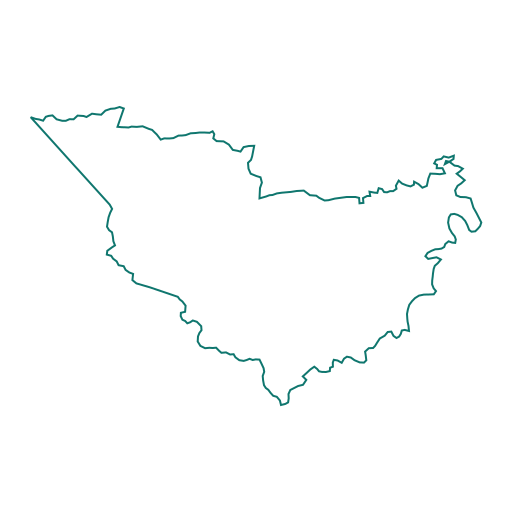 outline of Ponte Branca, Mato Grosso, Brazil
{"feature_id": "56859067B10686101824472", "entity_name": "Ponte Branca", "entity_type": "district", "adm_level": 2, "iso_a3": "BRA", "parent_name": "Brazil", "parent_adm1": "Mato Grosso", "projection": "albers", "projection_center": [-52.897, -16.67], "detail": "fine", "context": "isolated", "style": "outline", "palette": "teal", "viewbox_px": 512, "rotation_deg": 0, "n_neighbors": 0, "source": "geoboundaries", "source_scale": "gbopen_adm2", "svg_char_len": 4069}
<svg xmlns="http://www.w3.org/2000/svg" viewBox="0 0 512 512"><path d="M281.0,405.0L285.4,403.9L288.1,402.4L288.7,398.4L288.5,394.0L290.3,390.0L294.2,388.0L298.1,386.0L303.0,384.8L306.3,379.9L302.8,376.4L306.8,372.8L310.3,369.5L314.3,366.7L317.2,369.0L319.0,371.3L321.8,371.9L325.9,372.0L329.8,371.1L330.1,367.7L332.9,366.7L332.8,362.6L333.8,359.8L337.6,360.5L341.7,362.8L344.0,358.7L346.9,356.7L350.8,357.5L354.5,360.2L359.7,362.4L364.0,362.6L366.3,360.3L365.7,355.2L365.1,351.6L368.8,348.2L373.1,348.0L375.1,345.9L377.0,342.8L379.8,338.5L384.7,335.7L387.7,332.0L391.3,331.6L393.5,335.9L396.5,338.0L399.1,336.6L400.8,333.9L401.8,330.5L404.7,329.9L409.0,331.0L408.5,326.0L407.6,321.7L407.3,318.7L407.0,314.0L407.9,309.4L409.3,304.8L412.0,301.2L415.0,298.1L419.0,295.6L423.9,294.6L429.1,294.5L433.8,294.3L436.0,291.1L433.7,288.4L432.1,284.4L432.2,280.5L432.7,276.6L433.0,273.4L433.7,268.9L434.8,265.8L437.8,263.2L440.9,259.5L436.5,257.3L432.2,258.1L428.2,258.9L425.4,256.2L427.6,252.9L431.5,250.8L435.2,249.3L438.4,249.1L441.5,248.6L444.2,247.0L445.3,244.0L448.6,241.3L452.2,242.6L455.2,242.9L455.8,239.5L454.7,236.4L451.9,232.9L449.4,228.5L448.1,222.6L448.9,217.4L450.8,214.4L454.3,213.9L457.7,214.9L461.8,217.2L465.2,221.0L467.3,225.1L469.2,230.0L471.5,231.7L475.3,231.3L477.7,228.9L480.1,226.1L481.3,222.5L476.6,213.3L473.4,207.6L471.9,202.6L470.6,198.5L465.9,197.2L460.3,197.0L456.3,195.3L455.1,190.4L457.6,185.8L461.2,183.4L464.7,180.2L460.7,176.9L456.7,173.7L459.9,171.4L462.8,168.7L458.1,166.1L454.5,165.6L452.1,163.8L449.3,161.7L453.5,159.0L453.8,155.7L448.7,157.6L443.7,156.4L441.4,158.9L436.1,159.9L434.2,163.4L437.0,164.8L436.7,168.2L442.5,168.2L444.9,173.3L440.0,174.2L435.3,173.8L430.3,173.6L428.4,178.4L427.7,181.8L426.8,185.9L422.4,187.7L418.5,184.1L414.1,181.7L413.9,184.7L410.5,186.4L406.6,185.4L402.1,183.6L398.7,180.6L395.9,185.7L396.5,188.8L393.2,191.1L390.1,191.1L387.1,192.3L384.1,192.1L382.1,189.1L378.7,188.2L377.3,192.9L374.3,192.6L369.5,191.7L370.2,196.0L367.1,196.0L363.0,198.1L363.4,202.9L359.5,203.3L359.1,197.9L355.5,197.0L349.6,197.0L346.6,197.0L334.8,198.6L328.5,200.2L324.6,200.5L319.1,197.8L316.3,195.7L309.9,195.2L303.8,190.6L296.7,191.0L291.0,191.9L281.9,192.7L276.9,193.4L272.5,195.0L269.5,195.2L266.1,196.5L259.5,198.4L259.7,194.1L260.0,188.0L261.9,182.6L260.5,177.3L256.3,176.0L250.7,173.7L248.5,168.7L248.0,162.8L251.0,159.9L252.1,156.5L254.2,145.8L248.8,146.0L243.6,147.1L240.5,151.6L237.5,150.8L232.8,149.9L228.9,144.6L223.6,141.4L216.6,141.1L213.3,138.4L214.3,134.2L212.6,131.3L209.6,132.8L203.9,132.5L199.8,132.5L195.7,133.0L190.6,133.3L185.7,135.1L182.2,135.5L178.5,135.6L173.4,138.1L169.1,138.5L164.2,138.4L160.7,139.6L156.8,134.5L154.4,132.2L152.1,129.9L148.9,128.9L142.6,126.3L136.7,126.9L131.6,126.6L128.5,127.5L125.3,127.3L121.6,127.2L117.5,126.8L123.8,108.5L119.5,107.0L114.7,108.5L110.7,108.8L105.4,110.6L101.2,114.7L96.5,114.3L92.0,113.7L86.5,117.0L83.6,116.0L77.6,115.6L73.6,119.3L69.5,119.2L65.8,120.8L62.2,120.8L56.6,119.3L52.5,115.4L48.6,115.9L45.8,116.8L43.1,120.7L39.3,119.5L35.6,118.9L30.7,117.2L74.9,166.2L77.4,168.9L109.7,204.6L112.1,208.9L110.2,212.7L108.6,217.2L107.7,222.1L107.0,226.7L109.1,230.2L112.0,232.3L112.8,236.2L113.4,241.3L115.0,245.4L112.2,247.2L107.3,250.8L106.8,254.6L111.2,255.8L113.1,258.7L116.7,261.4L118.6,265.2L123.7,266.2L125.6,269.9L129.3,272.5L133.1,273.9L132.4,280.1L136.4,283.4L149.8,287.3L177.8,296.8L179.7,299.4L182.4,301.5L185.6,305.7L185.1,311.8L180.9,312.8L180.7,316.1L182.4,319.7L185.2,321.0L187.3,323.3L190.1,322.3L192.8,320.5L196.9,321.8L201.2,326.2L201.5,330.2L199.4,333.0L198.0,336.4L197.7,341.5L200.4,345.9L205.1,348.2L209.3,347.8L212.8,348.0L216.1,347.7L219.1,350.8L221.4,352.8L226.0,352.4L230.1,354.5L233.6,354.2L235.4,357.3L239.3,360.2L243.7,360.9L246.7,360.0L249.6,358.8L252.7,360.0L255.7,359.4L259.5,359.6L261.6,363.9L263.6,368.2L264.2,371.8L262.7,376.0L263.1,380.3L264.0,385.2L265.8,388.0L268.3,389.8L270.5,392.8L273.2,395.8L276.8,396.8L279.9,400.5L281.0,405.0ZM449.3,161.7L444.9,164.1L446.0,161.0L449.3,161.7Z" fill="none" stroke="#0f766e" stroke-width="2"/></svg>